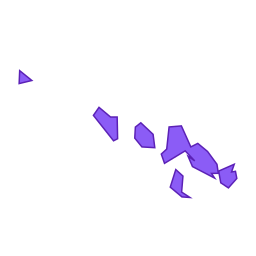 outline of Western, rotated 342°
{"feature_id": "SLB-3507", "entity_name": "Western", "entity_type": "Province", "adm_level": 1, "iso_a3": "SLB", "parent_name": "Solomon Islands", "parent_adm1": "", "projection": "equal_earth", "projection_center": [157.155, -7.826], "detail": "coarse", "context": "isolated", "style": "filled", "palette": "violet", "viewbox_px": 256, "rotation_deg": 342, "n_neighbors": 0, "source": "natural_earth", "source_scale": "10m", "svg_char_len": 766}
<svg xmlns="http://www.w3.org/2000/svg" viewBox="0 0 256 256"><g transform="rotate(342 128 128)"><path d="M193.4,197.0L194.9,202.4L177.4,184.6L176.4,173.5L181.3,179.9L175.3,167.4L151.8,172.9L151.6,163.1L158.3,160.0L167.4,139.7L179.4,142.5L181.9,165.4L189.6,164.2L196.4,174.9L201.4,190.0L199.9,199.0L193.4,197.0ZM121.1,114.2L114.8,135.0L110.3,135.7L99.0,105.3L106.8,99.4L114.8,112.2L121.1,114.2ZM147.4,155.0L135.4,150.3L131.3,139.7L135.3,129.4L141.8,127.0L149.9,141.8L147.4,155.0ZM200.9,197.0L217.8,195.3L212.9,201.8L216.8,202.4L215.9,209.6L205.0,216.0L199.3,208.8L200.9,197.0ZM165.4,190.7L159.2,205.5L165.4,213.2L158.0,210.2L149.9,197.3L160.6,182.3L165.4,190.7ZM42.7,40.0L51.2,53.1L38.2,52.1L42.7,40.0Z" fill="#8b5cf6" stroke="#5b21b6" stroke-width="1.5"/></g></svg>